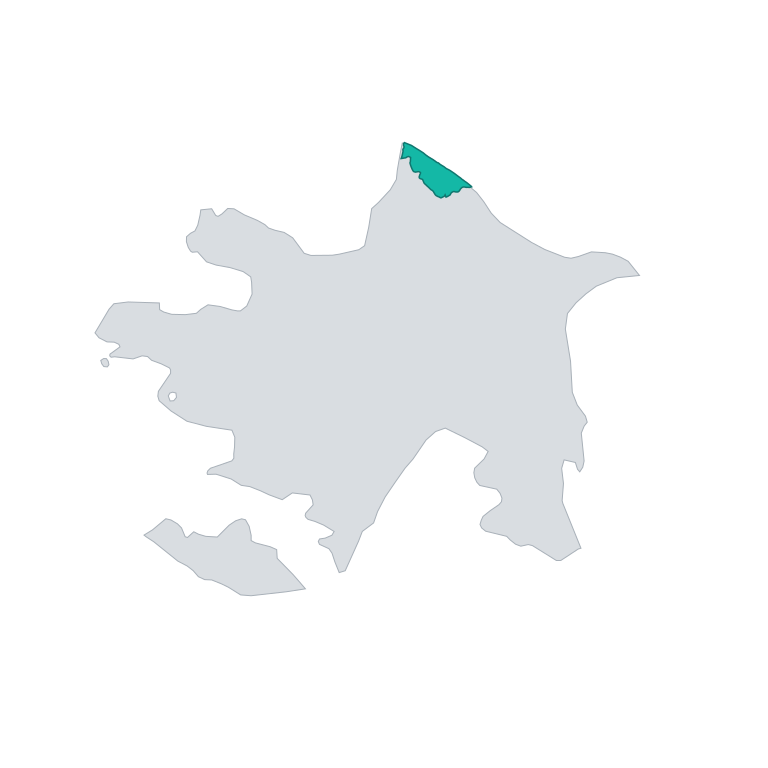 Khachmaz District, Xaçmaz, Azerbaijan (highlighted), rotated 340°
{"feature_id": "54616110B89497242950609", "entity_name": "Khachmaz District", "entity_type": "district", "adm_level": 2, "iso_a3": "AZE", "parent_name": "Azerbaijan", "parent_adm1": "Xaçmaz", "projection": "mercator", "projection_center": [48.762, 41.595], "detail": "fine", "context": "in_parent", "style": "filled", "palette": "teal", "viewbox_px": 768, "rotation_deg": 340, "n_neighbors": 0, "source": "geoboundaries", "source_scale": "gbopen_adm2", "svg_char_len": 4796}
<svg xmlns="http://www.w3.org/2000/svg" viewBox="0 0 768 768"><g transform="rotate(340 384 384)"><path d="M512.9,605.7L510.1,605.5L489.8,610.3L485.6,608.8L468.2,586.6L464.6,584.2L457.1,583.2L452.8,579.5L449.2,573.6L447.2,569.1L429.2,557.1L426.5,552.6L426.2,548.8L428.8,545.3L431.8,542.3L440.6,539.3L450.8,536.7L454.1,534.8L455.8,531.6L455.7,526.5L454.0,521.4L439.3,512.1L437.7,508.1L437.2,503.2L438.1,498.1L440.4,494.1L452.4,488.7L458.8,483.0L454.8,476.7L441.8,462.3L426.5,446.4L416.2,446.3L404.4,451.0L385.5,464.5L375.0,470.3L361.4,479.8L346.5,490.5L334.3,501.7L326.7,511.0L313.2,515.1L306.4,522.9L283.7,546.2L277.4,545.9L277.0,534.4L277.3,525.2L275.9,519.9L268.5,512.6L268.4,509.5L270.4,507.6L276.0,508.7L283.3,508.3L286.7,505.5L279.0,495.9L272.1,489.5L266.3,485.2L265.0,482.6L264.9,480.7L266.2,478.6L276.1,473.3L277.1,468.4L276.5,463.0L260.6,455.0L248.8,457.9L238.2,448.9L231.3,442.0L222.8,434.5L215.2,430.4L207.9,421.0L195.3,411.3L187.2,408.6L187.3,407.1L188.8,405.3L192.1,403.8L214.7,404.2L217.5,402.4L218.9,398.3L222.0,392.1L225.6,383.0L225.3,375.4L202.6,363.0L186.1,351.6L174.7,336.6L167.0,322.8L167.3,318.1L169.5,313.7L187.1,301.0L188.3,297.7L187.9,295.5L181.6,288.9L173.7,282.2L171.2,277.3L166.3,274.8L156.8,274.6L140.2,266.3L136.7,265.5L135.9,263.8L136.7,262.2L148.6,258.8L148.4,256.0L144.8,252.4L138.1,249.7L132.0,243.1L129.9,237.1L151.2,219.7L157.6,216.2L171.6,219.4L200.6,231.0L198.6,237.4L201.6,241.0L208.3,245.9L221.1,250.9L231.9,253.4L237.3,251.2L245.7,249.4L256.5,255.1L266.5,262.4L271.5,265.3L274.1,266.2L281.7,263.8L290.8,254.4L294.4,243.1L295.4,237.7L290.1,230.2L279.2,222.0L266.9,214.8L259.0,208.5L254.0,196.0L248.9,194.6L247.7,193.0L246.8,188.7L247.0,182.7L248.8,178.1L253.7,176.2L258.7,175.5L263.3,171.1L268.9,162.4L271.4,157.7L282.0,160.4L283.5,168.1L285.4,169.7L289.8,168.8L297.2,165.6L303.0,168.1L310.6,177.3L321.0,187.0L326.6,193.5L328.8,197.9L334.2,202.3L342.0,207.4L348.2,215.4L353.7,233.9L359.3,238.2L379.4,245.3L386.4,246.7L406.2,249.2L413.1,247.4L423.3,231.4L432.4,215.0L441.0,211.5L456.4,203.6L465.6,196.0L469.5,187.9L478.3,172.5L483.6,163.8L492.7,171.5L508.5,192.4L531.0,226.2L536.5,235.7L540.1,246.8L543.2,260.1L548.4,272.0L571.2,301.6L581.0,312.5L597.1,326.7L602.8,329.8L610.3,330.7L624.1,330.8L636.8,336.3L643.1,340.1L649.6,345.7L655.4,352.2L661.2,369.4L639.2,363.8L616.9,364.7L604.4,368.4L592.2,373.4L580.5,380.5L573.2,394.4L567.1,426.3L558.1,456.2L558.4,469.9L562.3,483.1L561.9,489.4L557.7,492.0L552.6,497.6L545.7,524.8L542.3,530.2L537.9,533.5L536.7,530.3L537.0,523.2L527.3,516.9L522.1,524.0L518.6,538.9L511.5,554.5L511.2,557.5L512.9,605.7ZM184.4,325.6L185.4,321.3L182.6,319.4L179.7,319.3L177.2,321.4L177.2,326.8L180.7,327.8L184.4,325.6ZM111.6,450.7L108.3,446.3L106.8,443.9L116.6,441.9L132.9,436.0L137.3,438.9L142.1,444.8L144.5,450.0L144.9,459.5L146.8,461.0L154.7,457.8L158.3,461.7L164.4,466.2L175.0,470.8L190.2,463.7L197.8,461.8L204.1,462.0L207.4,464.2L208.6,471.6L207.4,480.7L205.6,485.7L208.8,489.3L221.4,498.0L226.5,502.9L224.0,511.3L233.3,531.8L236.4,539.8L240.1,549.6L221.0,545.8L186.7,537.5L177.2,533.2L168.3,521.8L163.0,516.3L155.1,509.2L148.6,506.5L143.7,501.6L140.9,494.2L136.8,487.7L129.7,479.9L113.7,453.5L111.6,450.7ZM132.1,271.8L129.9,273.3L126.7,271.8L125.7,268.5L125.9,265.0L129.2,264.2L131.8,265.2L132.6,268.3L132.1,271.8Z" fill="#d9dde1" stroke="#a8b0b8" stroke-width="1"/><path d="M533.8,228.7L533.6,228.0L532.0,225.3L530.6,223.0L529.2,221.1L528.3,219.6L527.3,218.3L526.4,216.6L525.0,214.6L523.9,212.9L522.7,211.0L522.1,210.1L520.8,208.3L519.5,206.5L518.3,205.0L516.2,202.8L514.6,200.2L513.5,198.9L511.8,196.7L510.8,194.9L509.3,193.7L508.2,191.9L506.8,189.9L503.5,185.9L501.6,183.1L500.0,180.3L497.5,177.0L494.6,173.4L491.4,169.2L487.6,165.8L485.7,164.1L484.7,164.7L484.0,166.3L484.0,168.1L483.3,169.0L482.3,169.7L481.8,170.4L481.6,171.7L480.2,173.9L479.2,175.5L478.2,176.9L477.2,178.0L477.5,178.1L480.5,178.6L481.8,178.9L483.4,178.5L484.6,178.5L485.5,179.1L486.5,180.2L486.1,181.1L485.5,182.5L484.8,184.1L484.0,185.1L483.8,187.4L483.8,189.5L483.9,191.7L484.2,193.7L484.6,194.6L485.9,195.6L486.8,195.8L488.6,196.1L489.6,196.5L490.6,197.7L490.2,198.7L489.1,199.7L488.5,200.6L487.8,201.5L487.7,202.5L488.3,203.5L489.4,204.2L490.2,205.1L490.4,209.0L490.9,210.1L491.4,211.1L491.6,211.3L492.3,212.9L493.0,214.1L493.7,215.6L494.6,217.5L495.8,218.9L496.3,220.4L496.4,221.3L496.9,223.7L497.5,224.9L499.0,226.5L499.7,227.0L500.5,228.0L501.2,228.6L502.4,228.5L504.0,228.3L505.2,228.1L506.1,227.2L506.2,229.6L508.0,229.5L510.9,228.9L511.7,228.1L512.2,227.6L513.2,227.2L513.8,227.0L514.9,226.9L515.7,227.1L516.6,227.8L517.6,228.3L518.8,228.7L519.4,228.8L520.4,228.5L521.3,228.0L522.0,227.3L523.1,226.6L524.6,226.0L525.9,226.0L527.0,226.4L528.4,227.3L530.2,227.9L531.4,228.5L533.8,228.7Z" fill="#14b8a6" stroke="#0f766e" stroke-width="1.5"/></g></svg>